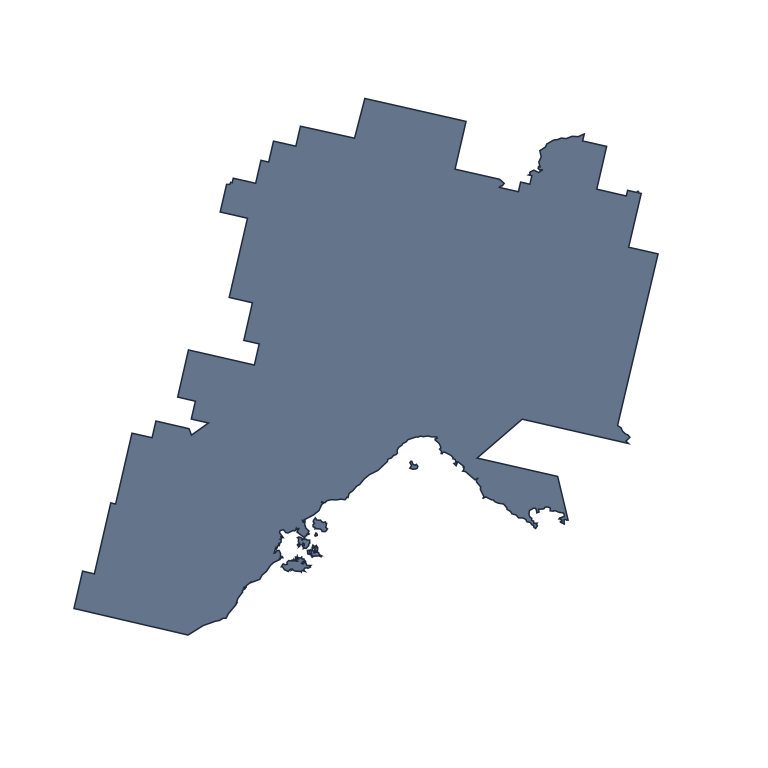 the district of Roper Gulf, Northern Territory, Australia, rotated 103°
{"feature_id": "25037944B80645640934935", "entity_name": "Roper Gulf", "entity_type": "district", "adm_level": 2, "iso_a3": "AUS", "parent_name": "Australia", "parent_adm1": "Northern Territory", "projection": "robinson", "projection_center": [136.103, -15.306], "detail": "fine", "context": "isolated", "style": "filled", "palette": "slate", "viewbox_px": 768, "rotation_deg": 103, "n_neighbors": 0, "source": "geoboundaries", "source_scale": "gbopen_adm2", "svg_char_len": 6179}
<svg xmlns="http://www.w3.org/2000/svg" viewBox="0 0 768 768"><g transform="rotate(103 384 384)"><path d="M672.7,518.5L660.1,505.9L653.3,495.3L651.3,490.9L648.6,488.3L647.6,485.1L642.9,484.0L632.7,478.8L629.0,477.7L631.1,478.8L625.5,478.1L618.6,474.9L617.0,475.5L615.1,473.6L612.1,472.4L613.9,473.4L614.3,474.2L614.6,474.1L614.4,474.7L613.6,473.5L613.5,474.3L606.2,468.6L607.5,469.0L602.3,461.1L597.5,459.7L593.1,456.4L586.0,453.7L582.7,451.3L578.4,445.9L577.9,445.5L578.6,446.6L578.0,446.1L578.0,446.7L576.9,446.1L576.0,443.5L574.9,444.6L575.3,446.1L572.3,446.7L569.8,448.8L570.3,450.7L573.3,452.2L573.6,453.0L569.0,452.8L569.3,451.9L567.9,451.5L567.7,452.2L567.5,452.4L567.4,451.3L565.8,451.4L565.3,450.3L563.7,450.6L564.4,449.7L562.4,449.7L561.2,448.7L558.6,449.3L558.6,450.1L557.7,449.1L555.3,450.6L556.5,449.5L556.3,447.7L552.3,452.4L550.1,452.2L548.6,449.2L550.9,446.3L550.8,444.1L547.1,439.5L547.4,438.5L546.7,437.3L544.2,437.0L545.5,435.9L544.3,435.6L544.0,434.5L547.8,435.5L551.8,426.6L549.9,426.6L549.2,425.2L547.8,425.3L547.5,423.5L546.8,423.1L546.2,424.6L544.2,424.0L542.0,427.7L538.5,429.7L536.1,430.0L536.9,431.6L535.7,432.5L536.0,431.6L534.3,431.3L535.0,430.2L533.7,430.5L527.5,423.3L522.0,418.9L515.3,417.5L513.9,416.3L513.0,418.9L513.0,414.9L510.4,413.1L508.5,409.1L507.8,404.8L505.8,399.6L505.6,396.0L502.5,394.4L502.7,393.5L498.4,393.4L495.1,390.4L489.6,387.6L487.5,385.2L481.0,381.9L475.6,377.8L469.6,370.5L458.8,363.3L456.4,363.3L454.3,360.1L451.7,358.8L449.9,356.2L448.3,355.4L445.7,356.3L442.6,355.5L439.5,352.8L438.0,352.5L435.3,349.3L432.9,348.2L428.4,340.8L428.1,338.8L426.5,336.7L426.6,334.1L424.8,329.7L424.8,325.7L423.7,320.6L424.8,319.9L425.9,321.8L427.0,321.7L429.3,317.2L431.6,315.2L433.5,314.2L434.9,315.2L436.8,312.7L438.9,312.7L438.8,311.6L437.6,311.4L436.7,309.7L438.5,302.7L440.2,300.0L441.3,300.1L441.5,297.6L443.5,296.6L443.2,294.3L446.4,287.6L447.2,288.1L447.5,287.2L449.9,287.1L451.2,287.7L451.0,285.0L456.9,273.8L454.3,271.0L456.2,272.5L458.6,271.8L463.0,266.1L462.8,266.7L465.1,266.4L471.4,261.2L473.5,262.2L471.1,259.6L472.7,253.1L472.3,251.7L473.7,249.6L474.4,246.1L474.1,240.4L477.1,236.4L478.5,235.9L479.8,232.0L481.7,230.1L481.9,225.9L484.2,222.7L483.3,218.7L484.0,215.5L486.1,213.8L486.0,210.5L488.0,208.1L488.0,206.6L489.9,205.7L490.7,203.8L487.6,202.6L486.5,203.9L485.2,203.4L485.9,206.8L483.9,207.4L483.6,209.5L481.6,209.8L480.6,212.1L478.5,213.4L474.5,213.8L471.2,210.0L471.0,208.7L472.1,207.4L475.2,206.1L473.9,204.1L471.3,205.3L469.8,200.2L467.7,199.2L467.0,196.8L467.4,194.1L470.2,193.6L469.8,190.3L468.9,189.0L469.7,184.3L469.3,180.3L470.5,179.1L472.6,178.7L475.0,182.7L476.1,183.2L476.0,180.6L477.5,179.7L478.1,181.2L479.0,180.9L480.1,176.2L479.4,177.1L475.7,177.9L475.0,176.4L475.6,175.5L475.2,174.0L435.0,194.0L435.2,276.6L387.2,241.4L387.0,132.4L385.2,135.4L380.6,132.4L378.7,135.0L378.4,137.3L376.3,141.0L373.4,143.1L371.9,147.1L195.6,146.2L195.7,176.4L140.5,176.2L140.5,178.9L139.2,179.3L139.2,180.3L140.5,180.8L140.5,190.2L146.3,190.2L146.3,220.5L102.4,220.5L102.5,245.1L95.3,245.1L99.3,250.4L100.3,256.4L103.9,261.7L104.5,266.7L106.7,269.7L108.1,273.5L113.5,279.4L116.7,279.9L121.6,284.7L127.3,281.9L132.8,283.1L137.4,280.8L137.4,282.3L139.3,282.3L140.5,280.3L139.3,277.5L143.2,280.9L141.9,286.0L144.3,289.1L145.3,289.6L146.6,288.7L147.8,290.2L147.8,286.8L156.5,286.8L156.5,296.3L166.4,296.3L166.5,315.8L165.0,315.1L164.4,313.4L161.5,312.0L158.5,317.4L158.7,363.1L109.7,363.1L110.1,466.9L151.1,468.0L151.6,523.4L172.1,523.4L172.2,546.3L193.7,546.3L193.7,554.2L217.3,554.2L217.4,577.2L222.0,577.2L222.0,578.8L224.1,579.1L224.9,582.3L253.3,582.3L253.2,554.3L334.5,554.3L334.5,530.5L373.1,530.4L373.0,514.6L394.7,514.6L394.8,582.2L443.2,582.1L443.2,563.9L461.5,563.9L461.5,546.3L477.1,560.1L471.4,563.9L471.4,597.9L488.5,597.9L488.6,618.5L561.3,618.5L561.3,623.5L634.2,623.5L634.1,635.6L672.5,635.6L672.7,518.5ZM572.5,431.3L573.9,431.0L573.1,428.9L573.7,428.1L574.6,430.3L576.0,428.4L576.5,429.6L575.7,431.1L576.3,431.4L575.2,432.4L576.4,432.4L576.1,433.8L577.1,433.6L577.4,437.1L579.6,438.5L581.4,437.6L582.3,439.8L581.9,441.8L585.2,443.0L585.0,441.7L587.4,439.2L588.2,435.1L585.6,433.6L585.8,432.4L585.3,432.5L585.1,432.0L586.0,432.2L585.5,431.7L586.3,428.4L585.4,422.8L585.9,422.2L584.1,421.8L584.3,419.0L583.3,420.5L581.2,419.8L580.3,417.3L580.7,416.7L579.0,414.6L578.5,415.2L577.3,414.4L578.1,418.6L575.9,419.8L576.3,422.2L577.7,422.5L577.2,424.0L575.2,422.8L575.4,421.0L574.4,420.5L573.3,422.4L572.0,422.7L573.1,423.0L572.4,425.3L570.4,425.0L572.3,425.8L572.4,429.2L571.3,429.8L572.6,429.9L572.5,431.3ZM541.6,411.2L541.0,407.8L537.9,406.4L536.8,408.5L532.8,408.5L532.9,409.4L531.5,410.0L532.5,412.0L532.3,413.5L530.9,415.2L531.7,418.6L529.9,420.8L532.6,422.0L534.2,422.0L535.3,420.4L537.1,421.5L539.0,421.0L539.4,418.9L540.4,418.7L539.9,418.3L540.4,417.7L539.6,414.0L540.4,411.8L541.6,411.2ZM555.8,420.5L552.8,421.3L553.4,424.0L552.8,424.6L553.0,426.7L552.3,427.0L554.4,428.4L554.2,429.0L553.2,428.4L552.2,430.9L552.2,432.6L553.2,433.8L553.9,432.4L556.8,432.1L559.4,429.6L558.9,427.4L557.1,427.1L557.9,425.6L559.4,425.4L559.3,426.8L560.3,427.0L561.3,425.7L562.6,425.6L561.7,424.5L561.8,423.0L558.5,421.0L557.1,421.3L555.8,420.5ZM565.9,417.2L567.1,416.8L567.3,415.4L568.2,415.9L569.0,415.0L567.7,413.9L566.1,408.7L566.7,405.8L566.0,407.1L565.5,406.0L564.8,408.7L563.0,409.8L563.0,412.0L564.4,414.1L562.2,415.8L562.0,416.6L563.1,417.2L561.9,418.0L564.0,418.8L562.6,419.2L563.4,421.2L566.7,420.1L566.8,417.6L566.2,418.0L564.9,416.9L565.7,416.4L565.9,417.2ZM453.1,340.3L454.8,341.1L457.2,338.8L460.2,339.9L460.6,337.0L459.7,334.0L458.6,332.7L456.6,332.5L455.0,334.4L456.1,335.3L455.7,337.7L453.1,339.5L453.1,340.3ZM562.6,412.5L561.7,412.9L562.3,411.2L558.4,411.7L556.5,413.7L557.3,414.2L558.6,413.1L559.4,414.2L562.4,414.4L562.6,412.5ZM556.9,417.0L559.7,417.3L560.9,416.4L558.0,415.1L556.9,417.0ZM444.7,296.5L445.7,298.0L447.4,295.3L444.8,294.9L444.7,296.5ZM544.4,416.8L547.0,417.4L547.7,416.7L546.6,415.0L545.2,415.4L544.4,416.8ZM560.5,432.0L561.0,431.6L560.7,430.3L561.8,430.4L560.8,429.6L559.0,430.1L559.1,431.6L559.7,432.0L560.2,431.1L560.5,432.0Z" fill="#64748b" stroke="#1e293b" stroke-width="1.5"/></g></svg>